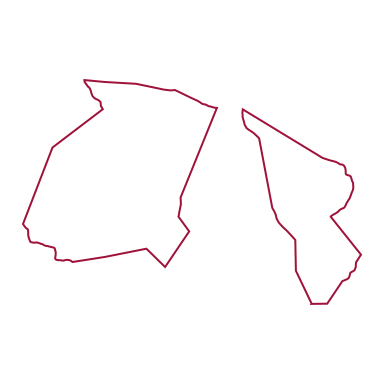 outline of Santa Ana, Francisco Morazán, Honduras
{"feature_id": "27666195B74591275827965", "entity_name": "Santa Ana", "entity_type": "district", "adm_level": 2, "iso_a3": "HND", "parent_name": "Honduras", "parent_adm1": "Francisco Morazán", "projection": "orthographic", "projection_center": [-87.221, 13.924], "detail": "fine", "context": "isolated", "style": "outline", "palette": "rose", "viewbox_px": 384, "rotation_deg": 0, "n_neighbors": 0, "source": "geoboundaries", "source_scale": "gbopen_adm2", "svg_char_len": 5385}
<svg xmlns="http://www.w3.org/2000/svg" viewBox="0 0 384 384"><path d="M84.4,80.1L84.4,80.4L84.4,80.7L84.5,81.1L84.5,81.4L84.6,81.6L84.6,81.8L84.7,82.0L84.8,82.2L85.2,82.7L85.7,83.4L87.1,85.4L87.6,86.1L87.9,86.5L88.1,86.7L88.2,86.8L88.3,86.8L88.5,87.0L88.8,87.2L89.0,87.3L89.2,87.6L89.4,87.9L89.7,88.3L89.8,88.7L90.1,89.1L90.3,89.6L90.5,90.1L90.7,90.5L90.8,90.8L90.9,91.1L91.1,92.1L91.4,93.0L91.6,93.8L92.0,94.7L92.2,95.4L92.4,95.7L92.6,96.1L92.7,96.3L92.8,96.4L93.0,96.6L93.2,96.8L93.4,97.1L93.7,97.3L93.9,97.6L94.2,97.8L94.9,98.3L95.1,98.5L95.5,98.7L95.8,98.9L96.0,99.1L96.3,99.2L96.5,99.3L97.1,99.5L97.4,99.6L97.6,99.7L97.8,99.8L98.0,99.9L98.2,100.0L98.9,100.5L99.3,100.8L99.5,101.0L100.0,101.4L100.3,101.7L100.3,101.8L100.4,102.0L100.5,102.2L100.6,102.4L100.6,102.7L100.7,103.4L100.8,104.7L100.8,105.2L100.9,105.7L101.0,106.1L101.0,106.3L101.3,106.6L101.5,107.0L101.7,107.3L101.8,107.5L102.1,108.1L102.2,108.3L102.3,108.5L102.5,108.8L102.8,109.2L52.5,147.5L23.0,224.0L23.4,224.6L23.7,225.0L23.9,225.3L24.0,225.5L25.0,226.8L25.4,227.3L25.7,227.7L26.1,228.1L26.4,228.3L26.5,228.4L26.7,228.5L26.8,228.6L27.1,228.7L27.3,228.8L27.5,229.0L27.7,229.3L27.8,229.5L27.9,229.8L27.9,230.0L28.0,230.3L28.1,230.6L28.1,231.0L28.2,232.0L28.2,232.7L28.2,233.5L28.2,233.8L28.2,234.8L28.2,235.1L28.3,235.4L28.3,235.6L28.4,236.2L28.5,236.6L28.6,237.2L28.8,237.7L29.0,238.4L29.3,239.2L29.5,239.8L29.8,240.5L29.9,240.8L30.2,241.4L30.3,241.7L30.4,241.8L30.5,241.9L30.7,242.0L30.9,242.1L31.1,242.2L31.6,242.3L32.1,242.4L32.9,242.6L33.5,242.7L33.9,242.7L34.9,242.6L35.3,242.6L35.9,242.5L36.2,242.4L36.5,242.4L36.7,242.5L36.9,242.5L37.4,242.6L37.8,242.7L38.1,242.8L38.8,243.0L39.4,243.2L40.0,243.4L40.4,243.6L40.8,243.8L41.2,243.9L41.5,244.0L42.0,244.1L42.4,244.2L42.6,244.3L42.9,244.4L43.1,244.5L43.3,244.6L43.6,244.9L43.7,245.0L43.9,245.1L44.1,245.2L44.2,245.3L44.4,245.3L44.8,245.5L45.4,245.7L45.7,245.8L45.9,245.8L46.2,245.9L47.0,246.0L47.6,246.1L48.1,246.2L48.5,246.3L48.8,246.4L49.1,246.4L49.5,246.6L49.9,246.7L50.2,246.8L51.0,246.9L51.6,247.1L52.6,247.3L53.4,247.6L53.8,247.7L54.1,247.8L54.3,247.9L54.4,248.0L54.5,248.1L54.7,248.3L54.8,248.5L54.9,249.0L55.0,249.4L55.1,249.9L55.2,250.3L55.2,250.6L55.3,250.8L55.4,251.1L55.5,251.3L55.6,251.5L55.7,251.9L55.7,252.3L55.7,253.1L55.7,254.3L55.6,255.2L55.4,256.6L55.2,257.6L55.2,258.0L55.2,258.3L55.2,258.5L55.3,258.8L55.4,259.0L55.6,259.2L55.7,259.3L55.9,259.5L56.1,259.7L56.3,259.8L56.5,259.8L57.4,260.0L58.2,260.1L59.5,260.1L59.9,260.2L60.8,260.3L62.0,260.5L62.4,260.5L62.6,260.5L63.3,260.6L63.8,260.5L64.1,260.5L64.4,260.4L64.5,260.4L64.8,260.2L65.0,260.1L65.5,260.0L65.9,259.9L66.2,259.9L67.0,259.9L67.4,259.9L68.4,260.0L69.0,260.1L69.3,260.1L69.6,260.2L70.3,260.5L71.1,260.9L71.3,261.0L71.6,261.3L71.9,261.6L72.0,261.7L72.2,261.8L72.5,261.9L72.6,262.0L72.8,262.0L73.0,262.0L73.2,261.9L105.1,256.9L146.4,248.7L164.8,266.7L165.1,267.0L189.2,231.4L178.5,216.7L179.5,211.2L180.2,207.7L180.9,204.3L180.6,197.5L216.9,107.9L214.4,107.7L212.4,107.1L210.4,106.5L208.4,106.1L206.6,105.0L205.1,104.4L203.4,104.2L201.6,103.5L199.8,102.1L197.1,100.6L191.2,97.9L174.9,90.0L172.3,90.3L169.3,90.3L166.5,89.9L163.7,89.6L159.6,88.7L136.1,83.8L105.0,82.0L84.4,80.1ZM242.8,109.4L242.4,112.5L242.6,114.5L242.6,117.1L243.6,120.5L244.8,125.0L246.5,128.0L248.5,129.6L251.3,131.4L253.5,132.9L256.5,135.7L259.1,138.3L272.3,207.9L274.6,212.0L275.8,214.9L276.6,218.7L278.9,222.7L282.3,226.5L287.4,231.3L292.2,236.5L295.3,240.0L295.9,270.8L311.5,303.4L311.3,303.9L327.2,303.7L342.4,281.1L344.7,280.2L347.0,279.2L348.5,278.2L349.4,276.5L349.9,274.6L350.2,273.2L351.0,272.3L352.5,271.5L353.9,270.7L354.8,269.8L355.2,268.4L355.8,267.0L355.8,265.4L356.1,262.2L361.0,254.7L330.7,216.7L331.1,216.2L331.5,215.8L331.7,215.7L332.0,215.5L333.2,214.7L333.7,214.4L334.5,214.0L335.1,213.7L335.9,213.2L336.4,212.9L336.6,212.8L336.9,212.5L337.8,211.9L338.0,211.7L338.4,211.4L338.8,210.8L339.2,210.5L339.4,210.3L339.7,210.0L340.1,209.7L340.6,209.4L340.9,209.2L341.3,209.0L341.6,208.8L341.9,208.7L342.2,208.6L342.5,208.5L342.7,208.4L343.0,208.3L343.3,208.2L343.5,208.1L343.7,207.9L344.0,207.7L344.4,207.4L344.5,207.2L344.8,206.9L345.1,206.3L345.3,205.9L345.6,205.4L345.8,204.9L346.1,204.3L346.3,203.7L346.4,203.4L346.6,203.2L346.8,202.7L347.8,201.2L348.1,200.6L348.6,199.9L349.0,199.3L349.2,199.1L349.4,198.6L349.6,198.3L349.8,197.9L350.0,197.6L350.5,196.0L350.9,195.1L351.4,193.5L351.7,192.8L351.9,192.2L352.3,191.5L352.5,191.0L352.7,190.4L352.9,189.8L353.0,189.5L353.1,189.1L353.2,188.6L353.2,188.3L353.3,188.1L353.3,187.5L353.3,187.2L353.2,186.0L353.2,184.9L353.1,184.1L353.1,183.2L353.0,182.8L353.0,182.7L352.9,182.5L352.8,182.3L352.7,182.1L352.5,181.8L352.4,181.6L352.3,181.3L352.1,181.0L351.3,178.2L350.9,177.0L350.8,176.8L350.7,176.5L350.6,176.4L350.3,176.1L350.2,176.0L350.0,175.9L349.9,175.9L349.7,175.8L348.9,175.5L348.3,175.3L346.9,174.8L346.6,174.7L346.4,174.6L346.2,174.4L346.0,174.2L345.9,174.1L345.9,173.8L345.8,173.6L345.7,173.3L345.7,173.0L345.7,172.8L345.7,172.4L345.7,171.7L345.7,171.3L345.7,170.7L345.6,170.3L345.5,169.4L345.4,168.8L345.4,168.6L345.3,168.3L345.1,167.7L344.7,167.0L344.5,166.5L344.4,166.3L344.3,166.2L344.1,165.9L344.0,165.7L343.9,165.6L343.7,165.5L343.5,165.3L343.2,165.1L342.9,164.9L342.6,164.7L342.4,164.6L339.9,164.3L338.3,163.1L335.8,161.9L332.7,161.0L329.7,160.3L326.1,159.1L322.5,157.9L242.8,109.4Z" fill="none" stroke="#9f1239" stroke-width="2"/></svg>